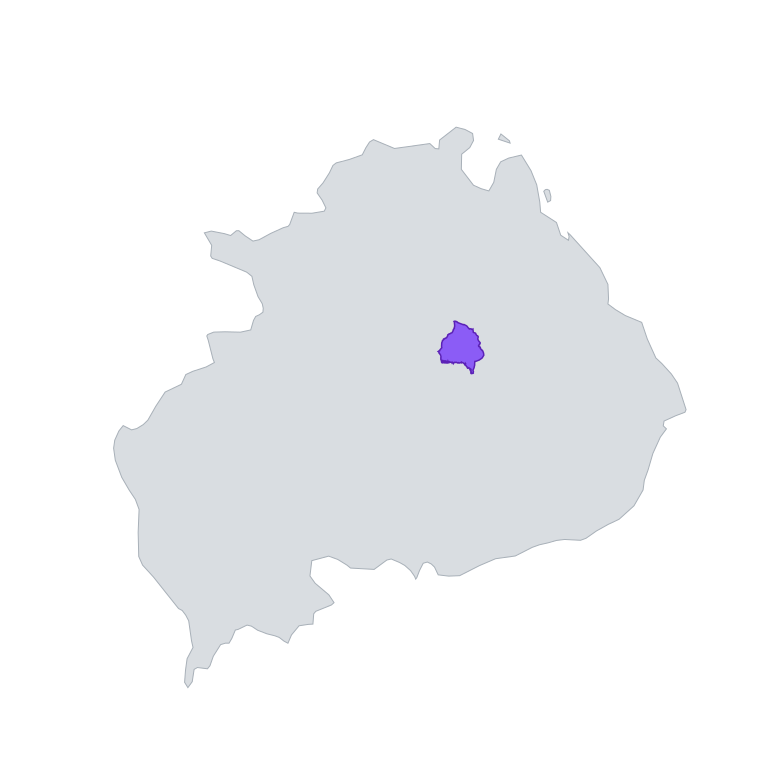 location of Krakor, Pouthisat, Cambodia, rotated 164°
{"feature_id": "14789045B13270514327943", "entity_name": "Krakor", "entity_type": "district", "adm_level": 2, "iso_a3": "KHM", "parent_name": "Cambodia", "parent_adm1": "Pouthisat", "projection": "orthographic", "projection_center": [104.201, 12.447], "detail": "fine", "context": "in_parent", "style": "filled", "palette": "violet", "viewbox_px": 768, "rotation_deg": 164, "n_neighbors": 0, "source": "geoboundaries", "source_scale": "gbopen_adm2", "svg_char_len": 7988}
<svg xmlns="http://www.w3.org/2000/svg" viewBox="0 0 768 768"><g transform="rotate(164 384 384)"><path d="M656.2,146.2L657.9,152.2L653.6,163.8L649.0,174.2L640.2,183.4L639.8,190.2L637.0,210.2L638.3,216.5L640.4,221.9L643.4,224.8L651.5,244.3L658.8,262.0L666.0,276.5L667.3,285.8L661.2,309.2L654.0,330.9L654.8,341.6L658.2,352.3L661.8,366.5L663.3,384.8L661.6,396.8L658.3,404.2L651.8,411.9L646.2,415.9L639.3,409.5L633.9,409.3L626.7,411.3L621.0,414.3L609.4,425.6L596.6,436.6L578.8,439.6L571.9,447.7L564.4,448.9L550.3,449.4L541.1,451.4L541.5,455.4L540.9,474.5L541.1,479.0L539.7,480.2L533.3,480.8L522.4,478.0L507.7,473.4L497.2,472.7L491.9,481.1L488.7,484.3L484.8,484.9L480.6,486.4L479.2,490.1L478.9,494.7L481.0,502.7L481.8,515.3L481.3,523.9L485.2,529.4L507.8,547.5L514.5,552.1L515.3,554.8L511.4,564.8L515.0,578.8L507.9,578.6L496.1,572.6L490.5,569.0L483.7,572.0L481.3,571.4L476.6,564.6L470.6,557.5L464.4,557.1L451.3,560.0L437.9,562.0L432.8,562.0L430.7,563.3L423.0,573.8L419.7,572.0L406.1,568.0L393.8,566.6L391.3,569.3L392.8,577.8L395.6,586.1L394.0,589.7L387.2,594.1L378.3,602.0L372.8,608.2L369.0,609.7L355.3,609.4L341.7,610.3L336.3,616.1L331.2,620.6L326.8,621.8L309.0,607.5L273.7,602.5L269.9,596.2L266.5,594.9L263.3,603.2L243.9,611.0L235.8,606.2L229.8,600.4L230.8,593.4L236.4,587.6L246.0,583.5L250.5,569.0L243.2,550.4L236.8,545.0L230.0,540.7L222.9,547.6L216.8,559.4L210.6,565.4L201.8,566.8L188.8,566.2L183.9,548.6L182.3,533.4L184.1,516.1L186.1,505.9L173.7,491.7L173.1,478.3L167.1,471.3L165.4,474.8L165.5,478.7L163.8,475.9L144.4,436.3L141.3,418.0L144.7,403.9L146.7,399.2L141.1,391.8L133.2,383.3L119.3,372.2L118.5,354.7L115.5,334.1L111.3,327.1L105.0,314.4L101.6,303.9L100.7,276.1L102.5,273.9L112.3,273.1L125.0,271.2L127.1,266.8L124.9,263.0L133.0,256.8L144.7,243.1L153.8,228.7L160.3,219.7L164.2,210.7L177.3,198.0L195.3,189.2L207.5,187.2L220.2,184.2L232.4,180.0L238.2,179.6L253.3,184.8L261.5,186.1L270.0,186.1L278.9,186.6L286.7,186.1L305.2,182.5L324.9,185.3L342.4,183.1L364.1,178.9L374.8,181.5L384.5,185.6L385.9,194.1L388.1,197.9L391.4,200.9L395.7,200.9L401.2,195.0L405.8,188.9L407.3,187.7L407.6,190.7L409.9,197.3L414.0,203.8L418.2,208.1L425.3,213.8L429.8,214.0L444.6,208.5L466.9,216.3L469.6,220.2L476.8,228.1L484.7,233.8L502.1,234.1L508.1,219.9L505.1,211.4L495.1,196.5L492.3,187.6L495.4,186.1L512.2,184.3L514.9,182.5L518.5,172.8L523.0,173.8L532.3,175.0L542.1,168.3L547.8,161.3L551.0,164.4L554.6,169.3L558.4,172.1L565.5,176.2L573.3,182.1L578.2,187.8L582.1,190.0L592.1,188.3L594.7,188.5L600.4,181.4L604.4,177.6L607.9,178.6L612.9,178.5L623.1,169.4L629.0,161.1L632.2,158.9L641.5,162.9L645.2,162.0L650.4,150.7L656.2,146.2ZM177.3,525.2L175.4,526.3L173.6,526.2L171.7,524.6L171.9,518.3L173.3,514.4L176.5,513.7L177.3,525.2ZM206.6,587.8L202.7,592.1L196.4,583.2L196.4,580.8L206.6,587.8Z" fill="#d9dde1" stroke="#a8b0b8" stroke-width="1"/><path d="M322.3,390.5L321.5,390.6L321.2,390.5L321.1,390.4L320.8,390.3L320.3,389.7L319.7,389.7L319.3,389.5L319.0,389.2L318.8,389.2L318.7,389.3L318.3,389.2L318.1,388.5L318.0,388.3L317.9,388.3L317.5,388.5L317.3,388.5L316.9,388.2L316.6,387.8L316.4,388.1L316.4,387.5L315.6,387.8L315.4,387.8L314.3,386.8L313.4,386.3L313.0,385.9L312.9,385.7L312.8,385.3L312.7,385.4L312.3,386.1L312.2,386.0L311.5,385.1L311.4,384.9L311.4,384.7L311.3,384.8L311.1,385.0L310.9,385.1L310.5,385.3L310.4,385.4L310.0,385.3L309.7,385.0L308.8,385.1L308.7,385.0L308.2,384.7L307.9,384.3L307.7,384.3L307.2,383.8L307.0,384.0L306.7,384.1L306.4,384.0L305.9,383.4L305.6,383.5L304.9,383.4L304.4,383.4L303.9,383.0L303.7,382.9L303.2,383.2L303.2,383.4L302.9,383.1L302.5,382.8L302.4,382.7L302.2,382.6L302.0,382.3L301.5,381.7L301.4,381.5L301.2,381.0L301.0,380.0L300.9,379.9L300.7,379.9L300.7,380.1L300.7,380.3L300.5,380.8L300.2,381.1L300.1,381.3L300.0,381.0L300.4,380.8L300.4,380.7L300.4,380.3L300.6,380.2L300.6,379.8L300.6,379.7L300.3,379.4L300.2,379.3L300.1,379.2L300.0,378.4L299.9,378.2L299.6,377.7L299.4,377.5L299.5,376.9L299.3,376.2L299.1,376.0L298.8,375.9L298.6,376.1L298.3,376.2L298.2,376.3L298.1,376.2L297.5,375.7L297.1,375.1L296.9,375.0L296.7,374.6L296.6,374.4L296.4,374.3L296.4,374.2L296.5,374.2L296.4,374.1L296.4,373.9L296.6,373.9L297.1,374.2L297.4,374.2L297.3,373.6L297.3,373.4L297.3,373.2L297.3,372.9L297.2,372.7L296.9,372.6L297.0,372.3L296.8,372.1L297.0,371.7L297.2,371.2L297.3,371.2L297.3,371.3L297.4,371.1L297.3,370.8L297.5,370.2L297.3,370.0L297.1,369.9L297.0,370.0L296.9,370.2L296.9,370.3L297.0,370.8L296.9,370.8L296.8,370.3L296.7,370.2L296.3,370.1L296.2,369.8L295.8,369.7L295.6,369.7L295.2,369.8L295.2,370.1L295.0,370.3L295.0,370.5L295.0,370.9L295.1,371.1L295.4,371.2L295.0,371.1L294.8,371.1L294.7,371.2L294.7,371.4L294.6,371.5L294.7,371.9L294.7,372.1L294.7,372.3L294.6,372.5L294.6,372.9L294.2,373.2L293.1,374.6L292.7,375.2L292.2,376.2L291.5,377.4L291.5,377.9L291.3,378.4L291.2,378.7L290.5,380.6L290.4,380.7L289.8,380.5L289.1,380.5L285.8,380.8L285.7,380.8L285.1,381.1L284.3,381.3L283.4,381.6L282.6,381.9L282.3,382.1L280.3,384.0L280.1,384.2L280.1,384.4L280.1,384.6L279.9,385.3L279.8,386.9L279.9,387.5L279.9,387.8L280.0,388.7L280.2,389.1L280.4,389.1L280.6,389.5L280.6,389.8L280.7,390.2L281.0,390.3L281.1,390.5L281.2,390.8L281.3,391.0L281.5,391.3L281.6,391.6L281.4,392.0L281.5,392.2L281.4,392.4L281.5,392.6L281.4,392.7L281.6,393.3L281.7,393.5L282.1,393.6L282.5,393.8L282.6,394.0L282.6,394.4L282.6,394.5L282.4,394.7L282.4,395.0L282.2,395.1L282.0,395.3L281.9,395.4L281.7,395.4L281.4,395.4L281.4,395.5L281.4,395.8L281.0,396.0L280.9,396.3L280.6,396.3L280.4,396.5L280.2,397.4L280.7,398.3L281.2,399.6L281.3,400.3L281.4,400.7L281.5,401.1L281.4,401.3L281.4,401.6L280.6,403.0L280.4,403.7L280.7,404.4L280.8,404.6L281.3,404.9L281.4,405.0L281.9,406.4L281.9,407.3L282.0,407.6L282.2,407.8L283.8,408.9L283.9,409.0L283.4,412.3L283.7,412.2L284.0,412.3L284.8,412.4L285.0,412.9L285.2,413.2L286.2,413.2L286.8,413.3L286.9,413.5L286.8,413.8L287.2,414.0L287.9,415.6L288.1,416.4L288.6,417.1L288.8,417.4L290.8,419.2L291.2,419.1L291.5,419.1L291.6,419.3L296.2,422.7L296.2,423.0L296.4,423.4L296.7,423.5L296.9,423.7L297.1,423.8L297.3,423.9L297.5,424.0L297.5,424.3L297.8,424.4L297.9,424.6L298.1,424.6L298.4,424.5L298.7,424.5L298.8,424.6L298.8,424.8L299.1,425.0L299.4,424.9L299.2,424.6L299.4,423.9L299.6,422.8L299.7,422.2L299.9,420.9L300.1,420.4L300.1,420.2L300.2,419.9L300.4,419.7L300.6,419.2L301.0,418.7L300.9,418.5L301.0,418.1L301.3,417.9L301.5,417.9L301.6,417.7L301.9,417.5L302.0,417.4L302.3,417.3L302.3,417.2L302.4,416.7L302.9,416.3L303.0,416.2L303.4,415.5L303.7,415.2L304.1,415.0L304.2,414.8L304.6,414.5L305.2,414.5L305.4,414.5L305.6,414.5L305.9,414.3L306.1,414.4L306.3,414.3L306.9,414.2L307.1,414.0L307.5,414.2L307.8,414.1L308.1,414.1L308.8,413.7L309.1,413.7L309.4,413.3L309.4,412.9L309.7,412.6L310.0,412.1L310.4,411.9L310.5,411.9L310.8,411.5L310.9,411.4L311.0,411.4L311.1,411.2L311.5,411.1L311.8,411.1L312.1,411.0L312.3,411.2L312.7,411.1L313.0,411.0L313.3,410.7L313.5,410.7L313.8,410.7L314.1,410.6L314.3,410.7L314.4,410.8L314.5,410.7L314.5,410.2L314.9,410.0L315.0,410.0L315.1,409.9L315.4,409.8L315.9,409.5L315.9,409.4L316.1,408.9L316.7,408.3L317.2,407.5L318.3,404.3L318.4,403.6L318.4,403.1L318.6,402.9L318.7,402.7L319.3,402.5L319.8,402.0L320.6,401.6L320.9,401.3L321.2,400.7L321.3,400.7L321.8,400.7L322.3,400.6L323.0,400.3L322.9,400.2L322.6,399.8L322.4,399.6L322.4,399.3L322.5,399.0L322.6,398.8L322.6,398.6L322.0,397.5L322.0,397.1L321.7,396.6L321.7,396.3L321.7,394.7L321.8,394.1L322.0,393.8L322.3,393.4L322.3,392.6L322.5,392.2L322.6,391.8L322.5,391.5L322.4,391.4L322.3,391.2L322.5,391.0L322.5,390.9L322.3,390.7L322.3,390.5ZM322.3,388.4L322.1,388.5L321.9,388.3L321.3,388.1L321.1,388.1L320.7,388.1L320.5,387.9L319.5,387.4L319.3,387.5L319.2,387.6L318.2,387.0L317.2,386.7L317.0,386.8L317.0,386.7L316.7,386.7L316.3,386.6L316.2,386.6L315.9,386.6L315.5,386.6L315.4,386.6L315.6,386.8L315.9,386.9L316.0,386.7L316.9,386.8L317.7,387.1L318.1,387.3L318.7,387.8L319.3,388.4L320.0,388.7L320.8,389.0L321.2,389.1L322.4,389.2L322.6,389.2L322.5,388.9L322.5,388.7L322.4,388.6L322.3,388.4Z" fill="#8b5cf6" stroke="#5b21b6" stroke-width="1.5"/></g></svg>